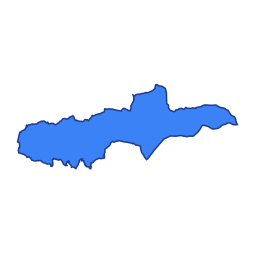 Berevoesti, Arges, Romania (orthographic projection), rotated 96°
{"feature_id": "2599482B57006778213349", "entity_name": "Berevoesti", "entity_type": "district", "adm_level": 2, "iso_a3": "ROU", "parent_name": "Romania", "parent_adm1": "Arges", "projection": "orthographic", "projection_center": [24.929, 45.318], "detail": "fine", "context": "isolated", "style": "filled", "palette": "blue", "viewbox_px": 256, "rotation_deg": 96, "n_neighbors": 0, "source": "geoboundaries", "source_scale": "gbopen_adm2", "svg_char_len": 5988}
<svg xmlns="http://www.w3.org/2000/svg" viewBox="0 0 256 256"><g transform="rotate(96 128 128)"><path d="M172.9,180.1L172.5,179.8L172.4,179.2L172.9,177.6L173.8,175.6L172.7,175.2L171.8,174.7L170.8,174.4L170.4,174.0L170.0,174.0L168.9,173.6L168.4,173.6L167.3,173.1L165.7,173.0L164.2,171.9L163.7,171.1L163.4,170.1L163.7,170.0L164.0,170.3L165.5,170.7L165.2,169.4L165.2,168.8L165.5,168.5L166.4,168.4L166.7,168.1L168.0,167.4L168.2,167.0L168.6,167.2L169.0,167.2L169.4,166.7L169.8,166.4L170.1,165.9L170.2,165.4L170.8,165.3L170.8,163.9L170.7,163.5L170.9,162.3L171.5,161.9L171.5,162.4L172.0,162.1L172.0,161.5L172.5,161.2L172.3,160.8L171.9,161.0L171.1,160.9L170.7,160.5L169.8,160.7L168.2,161.4L167.7,160.9L166.4,160.9L166.5,160.5L166.5,160.1L166.0,159.4L165.7,159.0L164.3,158.1L162.9,156.7L162.4,156.1L161.9,154.7L161.2,154.0L161.0,153.2L161.2,152.6L161.2,152.1L161.3,151.5L161.2,150.8L160.6,150.0L160.6,148.9L160.4,148.5L159.3,148.3L158.5,148.4L158.1,149.6L157.2,148.8L156.5,148.9L154.6,148.4L153.4,148.5L153.2,148.7L152.0,148.7L151.3,148.5L150.4,147.6L150.1,147.0L149.4,146.6L147.8,144.9L147.0,144.3L146.2,144.0L145.0,143.8L143.9,142.8L143.1,142.4L143.1,141.9L143.4,141.3L143.5,140.8L143.3,139.8L142.6,138.8L142.4,138.3L142.4,137.8L142.3,137.4L141.7,136.1L141.5,135.5L141.8,132.7L142.2,131.0L142.3,126.8L142.6,124.6L142.5,124.1L142.7,122.9L142.9,122.5L143.1,121.8L142.9,121.3L142.9,120.5L144.2,118.4L144.2,116.1L144.7,113.7L147.0,113.4L150.3,112.1L151.7,111.2L153.4,109.5L155.1,108.6L156.8,107.0L157.5,106.1L155.6,104.5L151.8,102.4L149.9,101.0L147.9,100.0L144.4,97.6L141.9,95.7L141.1,95.5L139.8,94.3L135.0,91.0L133.7,88.6L131.5,85.2L131.1,79.0L130.5,77.3L129.9,74.3L130.3,72.5L130.2,71.4L130.5,68.6L129.6,66.1L129.5,63.5L129.1,61.9L124.5,57.9L123.5,57.2L120.4,55.6L119.3,55.3L118.3,54.8L117.4,53.8L117.4,53.1L117.6,51.9L117.6,51.1L118.1,48.4L119.8,44.9L120.2,43.7L120.2,42.9L119.7,41.6L119.1,39.1L118.6,38.1L117.8,36.8L116.7,35.7L116.1,35.5L115.1,34.3L114.1,31.3L112.5,29.2L112.3,27.6L112.3,27.2L112.5,26.7L113.5,24.3L113.7,22.6L113.5,21.9L113.4,20.3L113.2,19.6L112.3,20.2L109.5,21.6L108.0,21.8L106.0,23.0L105.4,23.9L105.1,25.7L103.6,27.6L99.8,30.4L99.9,31.2L99.5,32.5L98.8,32.9L98.1,34.7L98.1,37.0L97.7,38.7L96.9,41.2L96.2,42.0L96.0,43.7L96.7,46.6L97.0,53.9L98.1,56.5L99.4,58.1L99.9,60.8L100.9,62.8L101.4,62.7L101.6,63.7L101.1,65.5L102.0,67.7L102.0,69.5L102.3,70.1L102.1,71.4L101.5,72.4L101.6,72.8L103.2,73.9L103.5,74.3L102.9,76.8L103.4,79.2L104.6,80.4L104.9,82.1L105.4,82.6L106.4,82.9L106.8,83.6L106.9,84.0L106.2,87.8L103.9,89.7L100.9,90.2L99.8,92.0L88.8,93.5L84.8,95.0L82.9,98.6L82.9,101.7L81.9,103.3L82.0,104.8L83.1,105.2L85.8,105.3L88.2,107.4L90.7,111.5L90.9,114.2L91.7,115.4L92.4,118.2L93.4,120.5L93.3,121.2L93.5,122.4L94.3,123.8L95.3,124.5L94.7,126.4L95.8,125.8L97.8,125.4L98.1,125.2L99.4,125.3L100.4,125.2L101.8,125.9L102.5,126.1L105.6,127.4L107.2,127.2L108.0,127.2L110.5,127.5L110.7,127.8L110.8,128.1L110.7,128.5L110.4,129.6L109.8,130.8L109.6,131.8L109.0,133.2L108.9,133.8L109.0,134.6L109.5,135.2L110.8,136.2L111.9,136.7L112.0,136.9L112.0,137.5L111.8,137.8L111.7,138.3L111.7,138.8L111.6,139.8L111.2,144.0L110.8,145.2L111.0,148.9L111.2,149.9L111.5,150.9L111.3,152.9L111.4,153.1L111.8,153.2L114.1,153.3L114.6,153.6L114.8,153.8L114.9,154.5L115.4,155.3L116.4,156.6L116.8,157.6L116.9,158.4L117.4,159.6L118.4,161.7L119.2,162.9L119.4,163.6L119.3,164.8L119.5,165.0L120.5,165.2L121.4,165.9L122.3,166.2L122.6,166.8L122.9,167.0L125.0,167.9L124.8,168.5L124.0,169.1L124.2,170.1L124.0,171.3L124.2,171.7L125.0,172.4L125.5,172.5L126.1,173.0L126.5,173.9L126.2,174.9L126.4,176.6L126.0,179.3L125.6,180.2L126.1,180.6L125.8,181.2L124.3,182.4L123.0,182.7L121.6,184.1L121.9,184.3L122.4,185.6L123.4,186.7L123.4,187.4L124.1,187.5L124.4,187.8L124.7,188.3L125.2,188.6L125.4,190.2L125.2,192.1L125.6,193.7L126.9,194.6L128.0,195.2L128.2,195.5L128.2,195.9L128.9,196.6L130.0,197.3L130.5,198.1L131.3,198.9L132.0,200.0L132.3,200.8L131.3,202.9L131.2,204.0L131.3,204.4L131.4,205.0L132.0,206.0L132.1,207.3L132.3,207.5L130.7,208.3L130.6,208.6L130.9,209.3L131.3,209.5L131.4,209.9L130.4,211.0L129.9,211.8L129.9,212.2L130.0,213.3L130.2,213.7L130.5,214.0L130.3,214.4L130.3,215.1L130.9,215.5L131.5,216.9L131.9,217.7L132.3,218.1L133.5,219.0L133.7,219.4L133.7,220.3L134.1,222.2L133.9,223.6L134.2,224.3L135.2,225.8L135.3,226.5L135.2,226.9L135.9,228.3L135.8,229.1L136.6,229.4L136.8,229.1L136.3,228.6L136.4,228.4L136.8,228.3L136.9,228.7L137.3,228.8L137.7,229.4L138.2,229.2L139.1,230.0L139.4,230.0L139.9,230.3L140.6,230.8L141.7,232.8L142.4,233.6L143.0,233.7L143.0,234.0L143.6,234.3L143.5,235.1L144.7,235.3L153.3,236.4L153.5,236.0L153.8,235.6L153.9,234.5L153.6,234.4L156.1,234.1L156.8,234.0L157.5,233.7L157.7,233.9L158.2,233.7L159.1,234.2L159.1,234.4L159.5,234.3L159.8,234.5L161.0,234.5L161.7,234.8L163.2,234.2L163.9,234.2L164.2,234.1L164.5,231.5L165.1,229.5L165.0,229.0L165.1,228.7L165.6,227.9L165.9,226.9L166.3,226.6L166.8,226.0L167.8,225.3L166.9,223.3L167.6,222.7L168.0,221.9L167.7,222.0L167.9,221.8L168.8,221.3L170.0,220.4L170.1,219.6L170.1,219.1L170.5,218.4L170.5,217.7L170.5,216.9L170.1,216.2L170.3,215.4L169.7,214.2L169.9,213.3L169.4,212.4L169.5,211.7L169.9,210.8L170.8,209.7L171.4,208.2L171.6,206.7L172.4,204.3L172.3,203.9L171.9,202.8L172.1,201.1L172.4,200.9L174.1,200.6L174.1,200.2L174.1,199.5L172.7,198.9L171.3,199.1L170.7,199.0L168.9,199.7L167.6,199.8L167.0,198.8L166.8,198.6L166.1,198.9L166.0,198.6L166.4,197.9L166.5,197.0L166.8,196.4L166.5,195.6L167.0,195.0L166.8,194.2L167.1,194.0L167.2,193.7L167.2,193.4L166.6,192.9L166.3,192.5L166.7,191.4L166.8,191.1L167.2,190.8L167.6,190.3L168.1,190.0L168.4,189.7L168.6,189.7L169.2,189.2L169.7,189.1L170.3,188.7L171.1,187.9L171.4,187.1L171.9,186.5L171.9,186.2L171.6,185.8L171.8,184.8L171.7,184.7L171.4,184.9L170.8,185.5L170.5,185.6L169.6,185.7L169.2,185.2L168.5,185.2L167.6,184.7L167.5,184.4L167.9,184.1L167.1,183.3L167.2,183.1L168.1,184.0L170.0,182.2L170.4,181.7L170.7,181.1L171.1,180.7L172.0,180.2L172.7,180.3L172.9,180.1Z" fill="#3b82f6" stroke="#1e3a8a" stroke-width="1.5"/></g></svg>